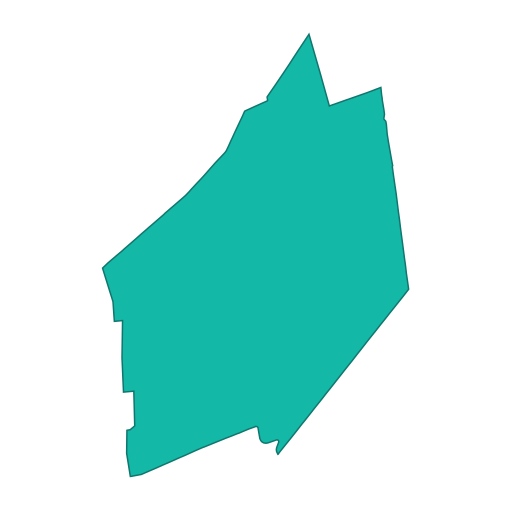 the district of Valcani, Timis, Romania, rotated 271°
{"feature_id": "2599482B41795627389430", "entity_name": "Valcani", "entity_type": "district", "adm_level": 2, "iso_a3": "ROU", "parent_name": "Romania", "parent_adm1": "Timis", "projection": "natural_earth1", "projection_center": [20.407, 46.006], "detail": "fine", "context": "isolated", "style": "filled", "palette": "teal", "viewbox_px": 512, "rotation_deg": 271, "n_neighbors": 0, "source": "geoboundaries", "source_scale": "gbopen_adm2", "svg_char_len": 2202}
<svg xmlns="http://www.w3.org/2000/svg" viewBox="0 0 512 512"><g transform="rotate(271 256 256)"><path d="M478.6,305.1L471.1,300.3L463.6,295.5L456.0,290.7L448.4,286.0L440.0,280.6L427.9,272.7L419.3,267.0L415.2,264.3L411.8,264.9L411.5,264.8L411.0,263.9L410.5,262.9L405.1,251.4L402.2,245.4L400.8,242.4L400.3,242.0L396.0,240.2L387.6,236.4L380.5,233.2L378.5,232.3L373.6,230.2L370.8,228.9L365.4,226.6L360.6,224.4L359.5,223.6L358.9,223.2L352.0,216.9L347.5,212.8L347.2,212.6L346.7,212.2L342.9,208.9L338.6,205.3L333.5,200.9L327.7,195.6L321.7,190.2L319.3,188.2L315.2,184.4L314.2,183.3L310.4,179.1L302.2,169.9L297.2,164.3L295.8,163.0L290.7,157.3L289.7,156.2L283.2,148.9L275.8,140.7L269.2,133.5L262.0,125.5L259.9,123.2L259.7,123.1L254.2,116.8L246.7,108.3L241.2,102.8L231.7,105.9L207.9,113.8L188.2,115.5L189.1,123.7L151.9,123.8L117.6,125.9L118.7,136.2L84.0,137.7L80.1,133.2L79.5,130.0L56.4,130.1L51.4,131.0L33.4,134.2L33.7,136.0L35.6,145.2L38.9,152.4L41.9,159.1L45.1,165.9L48.8,174.1L52.2,181.3L55.8,189.3L60.0,198.1L63.8,206.4L64.1,207.4L66.4,212.8L68.8,218.4L71.1,223.8L73.4,229.2L75.6,234.7L77.9,240.1L78.6,242.1L80.1,245.4L82.9,251.8L85.3,258.2L85.6,258.3L85.5,259.8L85.0,260.6L84.4,261.0L82.6,261.3L73.6,263.0L71.5,264.0L70.0,265.5L69.2,267.2L69.0,269.2L69.3,271.1L72.4,279.6L72.6,280.5L72.1,281.4L71.3,281.9L70.4,282.0L64.7,280.0L62.8,279.7L60.9,280.0L59.8,280.5L58.1,281.4L58.2,281.6L59.9,282.7L67.0,288.2L74.2,293.8L81.5,299.4L88.7,304.8L93.4,308.5L94.1,309.0L99.2,312.9L105.7,317.8L113.7,324.0L119.3,328.2L125.0,332.6L131.3,337.4L137.1,341.8L142.9,346.2L147.6,349.8L152.9,353.9L158.8,358.3L164.7,362.8L172.0,368.3L178.0,372.9L183.8,377.4L189.4,381.6L194.9,385.9L200.6,390.2L209.0,396.7L214.2,400.7L219.8,405.0L225.4,409.2L233.0,408.0L241.0,406.7L249.3,405.6L256.9,404.4L264.4,403.3L271.2,402.3L279.0,401.1L287.1,399.9L295.7,398.7L303.4,397.5L311.2,396.4L320.4,395.1L330.1,393.5L338.7,392.1L347.9,390.7L348.6,391.1L353.8,390.0L373.0,386.3L380.5,385.0L389.5,384.1L392.2,383.6L393.0,383.4L394.8,381.7L395.6,381.4L399.9,382.0L404.6,381.3L413.8,379.6L416.5,379.3L419.1,378.8L426.7,377.9L421.0,363.6L412.9,341.7L407.3,326.7L438.2,317.5L478.6,305.1Z" fill="#14b8a6" stroke="#0f766e" stroke-width="1.5"/></g></svg>